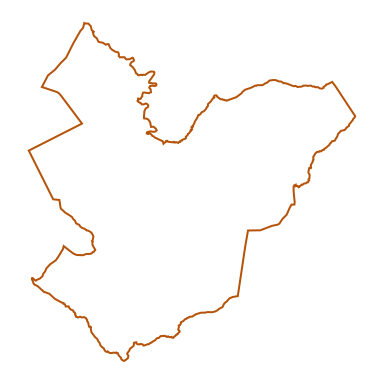 the district of Kitwe, Copperbelt, Zambia
{"feature_id": "96606910B1018737914833", "entity_name": "Kitwe", "entity_type": "district", "adm_level": 2, "iso_a3": "ZMB", "parent_name": "Zambia", "parent_adm1": "Copperbelt", "projection": "mercator", "projection_center": [28.274, -12.828], "detail": "fine", "context": "isolated", "style": "outline", "palette": "amber", "viewbox_px": 384, "rotation_deg": 0, "n_neighbors": 0, "source": "geoboundaries", "source_scale": "gbopen_adm2", "svg_char_len": 5865}
<svg xmlns="http://www.w3.org/2000/svg" viewBox="0 0 384 384"><path d="M31.9,277.4L32.0,279.6L32.8,281.0L33.5,283.4L34.5,284.6L37.6,286.1L44.3,292.2L45.1,292.2L49.4,293.8L54.6,298.7L62.0,302.7L63.5,303.0L63.5,303.8L65.0,304.4L65.7,306.5L68.6,306.4L69.6,308.4L70.7,309.4L73.1,310.5L73.7,312.0L74.6,312.4L75.3,313.7L75.0,314.4L75.9,315.7L75.9,316.6L78.1,317.5L80.1,316.7L81.8,317.5L84.1,317.1L86.1,318.3L86.6,319.4L87.2,320.0L87.2,321.4L88.1,322.3L89.0,326.6L89.8,327.0L90.6,326.7L91.0,327.3L90.7,328.3L91.5,332.4L95.1,337.1L97.1,338.8L98.5,341.6L99.5,342.7L100.5,345.5L102.4,347.4L103.6,348.1L104.9,350.7L106.3,351.8L107.1,351.9L107.7,351.4L109.0,352.6L110.7,353.2L113.5,352.6L115.3,352.9L116.0,352.5L116.4,352.5L116.9,353.3L117.7,353.1L118.7,355.4L121.0,357.8L121.4,359.4L123.9,361.0L125.6,360.0L127.9,358.2L128.4,355.8L127.2,354.0L127.3,353.2L129.2,350.8L130.0,348.7L133.2,346.3L133.9,345.0L133.9,342.9L134.9,342.5L136.3,342.3L136.5,343.5L137.5,344.2L139.5,344.4L140.5,343.9L142.7,344.4L143.4,345.5L144.2,345.5L147.8,344.2L148.7,344.3L150.1,343.1L151.6,342.6L152.2,341.8L154.8,340.5L157.1,338.1L158.7,338.0L160.6,336.1L164.9,335.8L165.5,336.4L166.9,336.4L167.2,336.9L168.5,336.5L169.4,337.2L171.7,336.9L172.2,337.7L173.4,337.8L174.4,336.4L175.5,335.8L176.1,334.9L177.0,334.6L177.1,334.1L178.2,333.7L178.4,332.8L179.5,332.0L179.6,330.9L178.4,330.0L178.3,329.5L178.9,326.7L178.7,325.5L180.1,325.0L180.8,323.6L180.8,322.4L183.3,321.0L185.3,319.0L186.4,318.8L187.0,318.0L188.6,317.6L189.4,316.9L192.3,316.5L196.0,314.2L201.0,312.7L204.6,312.7L207.4,312.1L212.3,312.2L215.1,311.5L217.4,310.3L219.1,308.8L222.5,307.1L223.8,304.2L225.5,302.3L226.5,301.8L229.4,298.4L232.7,297.0L237.8,296.1L245.2,246.6L248.0,230.5L260.3,230.3L271.8,225.9L277.8,224.6L279.4,223.6L282.4,219.0L286.6,214.8L289.9,207.4L291.6,204.6L294.4,204.6L294.7,202.4L293.6,191.3L293.6,186.9L294.2,185.3L295.7,184.7L295.7,186.2L297.4,185.8L298.7,187.3L299.4,186.9L299.4,186.2L301.1,185.4L301.5,184.7L302.5,184.8L303.7,183.7L306.1,183.2L306.9,182.4L308.0,182.3L308.4,181.0L309.1,180.5L308.5,179.4L309.4,178.5L309.6,174.5L308.7,173.3L308.4,172.2L309.1,168.2L309.4,167.8L310.8,168.2L311.1,167.7L310.8,165.0L312.8,161.6L312.8,160.3L313.5,159.7L313.2,157.0L315.4,153.4L317.2,151.8L318.2,151.9L319.8,151.5L319.9,151.1L321.3,151.2L322.5,150.0L323.9,149.8L324.3,148.8L325.4,148.3L329.5,144.7L329.8,143.8L331.2,142.5L331.9,141.3L334.7,140.7L337.2,136.5L338.2,133.6L339.7,132.4L340.2,131.4L341.1,130.8L344.6,130.0L346.0,128.6L346.4,127.6L348.8,126.1L349.2,124.4L352.6,120.3L353.4,118.6L354.4,117.8L355.2,116.2L335.5,86.3L332.2,81.9L327.7,84.2L326.1,84.6L325.6,85.6L323.6,86.9L323.5,87.9L322.0,88.6L319.9,88.4L318.0,87.2L315.1,87.2L314.2,86.5L312.5,86.5L310.8,85.6L307.4,85.9L306.7,85.6L303.5,85.6L302.0,86.5L297.7,87.0L295.5,85.9L293.6,86.2L287.1,83.7L284.6,83.1L283.5,83.2L281.4,81.6L278.7,81.4L276.4,80.3L274.7,80.0L272.4,80.1L269.4,80.6L266.9,82.8L265.3,83.3L262.5,85.2L257.1,85.2L256.5,85.7L255.3,85.6L250.9,87.8L244.9,89.8L242.5,91.9L241.4,93.4L236.3,97.2L226.5,100.7L226.0,100.2L224.5,100.2L223.9,99.7L223.0,99.8L222.5,99.3L220.5,99.2L217.1,96.7L216.9,95.9L216.2,95.3L214.5,95.5L213.9,96.4L214.3,97.3L213.6,97.6L213.7,98.2L212.6,98.7L210.9,101.4L207.9,104.2L208.0,105.9L206.3,108.0L206.3,108.6L203.8,111.3L201.5,112.4L200.6,113.9L199.4,115.0L198.5,114.9L198.0,115.6L197.5,117.4L194.8,121.6L194.3,123.4L193.0,125.5L193.0,126.7L192.7,127.0L191.8,126.7L191.5,127.2L192.1,129.4L191.5,129.6L191.3,130.3L190.7,130.0L190.5,130.3L190.3,131.6L188.7,133.6L187.9,133.9L187.6,135.1L185.8,136.8L186.0,138.1L185.5,138.6L182.2,139.8L182.0,140.6L180.4,140.9L179.9,141.5L180.0,141.9L179.0,142.0L178.1,143.0L176.5,142.2L175.5,142.5L174.9,142.1L174.6,142.4L174.2,142.1L173.7,142.3L173.4,141.9L172.6,142.3L169.0,141.9L167.9,141.7L167.3,140.8L166.6,140.9L165.9,141.1L165.6,142.2L164.5,142.7L163.5,143.7L162.8,141.3L154.4,137.3L153.7,136.4L152.3,135.9L151.5,134.7L149.9,133.3L148.1,134.1L146.7,133.4L147.0,132.3L149.1,131.6L151.1,131.4L153.6,131.9L155.6,131.4L156.7,130.5L156.6,130.1L155.8,128.6L153.4,126.7L151.0,126.9L150.2,122.4L148.4,119.6L146.4,118.6L144.2,118.5L143.9,117.9L144.4,111.1L145.8,108.4L148.1,106.9L148.3,105.4L147.9,104.8L146.8,103.8L145.7,103.5L143.6,104.4L142.0,104.4L141.3,103.5L140.5,103.4L140.3,102.8L138.2,101.8L137.5,100.9L138.0,100.3L138.1,98.6L138.9,98.5L139.8,99.2L140.9,98.5L141.4,97.3L142.3,96.4L142.3,94.7L143.0,92.7L144.3,92.5L148.7,93.2L151.0,92.2L150.6,89.2L149.4,87.9L149.3,87.3L150.1,86.0L152.5,85.7L154.8,86.0L156.2,85.5L156.5,84.6L156.1,83.7L155.5,83.4L152.5,83.4L149.1,82.7L149.3,81.1L154.2,74.3L154.4,72.4L153.9,71.7L150.8,71.5L148.4,72.6L145.2,74.9L143.4,74.7L142.1,75.2L141.2,74.7L138.9,75.3L137.8,75.0L137.3,74.0L136.0,73.2L134.8,70.0L132.6,67.0L130.2,65.2L130.2,64.4L131.1,62.8L131.7,62.0L133.3,61.4L134.0,60.3L133.1,58.1L132.4,57.7L130.0,59.1L126.6,59.4L125.8,59.0L124.9,57.6L124.3,57.2L119.9,57.3L118.8,56.0L118.9,54.0L118.2,52.4L115.1,51.6L112.0,49.7L110.4,48.1L108.5,44.1L107.2,44.1L105.8,44.7L102.8,42.7L100.2,42.3L98.3,41.6L96.9,38.4L93.9,35.9L92.9,32.7L92.9,32.2L93.5,32.3L93.8,31.7L91.9,30.4L90.7,26.1L88.2,23.5L85.3,23.5L84.3,23.0L83.3,27.1L82.5,28.6L80.4,30.9L73.1,43.7L66.1,57.7L60.7,63.0L55.2,69.5L48.0,75.4L41.9,87.0L56.9,92.0L59.0,93.3L61.3,96.0L82.0,123.6L28.8,150.6L53.2,199.3L59.4,200.0L60.6,207.9L61.1,208.9L63.9,211.3L64.6,212.2L71.8,216.8L73.3,219.1L74.9,220.6L76.1,223.4L79.3,224.9L80.2,226.5L81.8,227.7L84.9,229.0L86.9,230.5L87.6,230.4L90.5,231.9L92.0,233.5L93.4,236.4L92.7,240.0L92.0,240.9L92.8,241.7L92.3,242.8L92.7,245.5L95.3,249.9L93.6,252.0L92.6,252.2L91.8,253.3L89.8,253.9L86.3,254.0L82.8,255.2L76.9,255.0L74.4,254.1L71.5,252.2L63.7,246.1L63.0,249.0L58.6,256.3L55.9,260.2L50.0,264.4L46.3,268.5L45.1,271.5L43.3,273.6L42.5,276.2L40.0,278.5L36.9,279.8L36.0,280.6L35.0,280.2L33.2,278.5L32.6,278.7L31.9,277.4Z" fill="none" stroke="#b45309" stroke-width="2"/></svg>